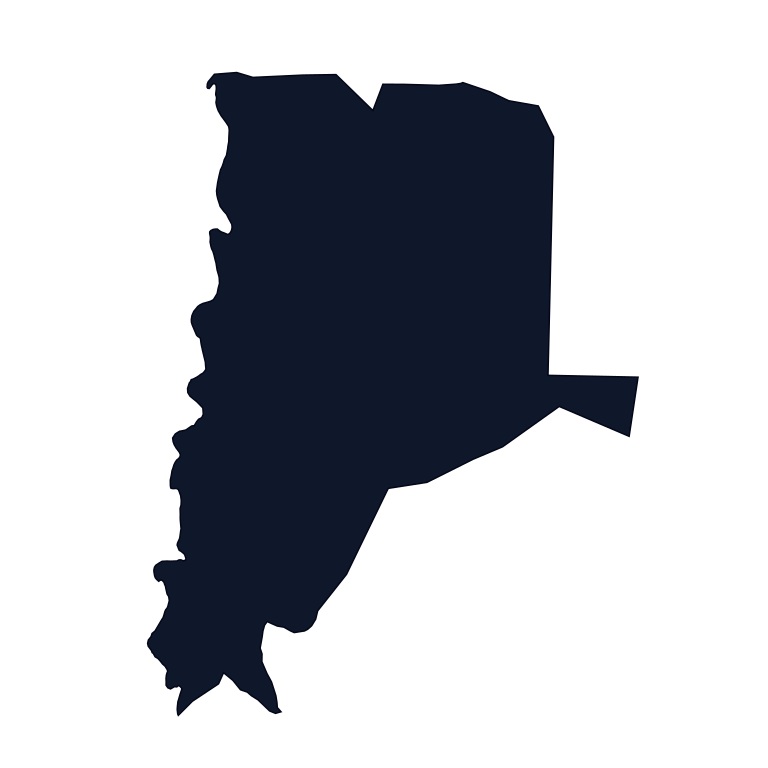 San Baltazar Yatzachi el Bajo, Oaxaca, Mexico, rotated 176°
{"feature_id": "50627088B85859763420371", "entity_name": "San Baltazar Yatzachi el Bajo", "entity_type": "district", "adm_level": 2, "iso_a3": "MEX", "parent_name": "Mexico", "parent_adm1": "Oaxaca", "projection": "equal_earth", "projection_center": [-96.191, 17.225], "detail": "fine", "context": "isolated", "style": "filled", "palette": "ink", "viewbox_px": 768, "rotation_deg": 176, "n_neighbors": 0, "source": "geoboundaries", "source_scale": "gbopen_adm2", "svg_char_len": 4147}
<svg xmlns="http://www.w3.org/2000/svg" viewBox="0 0 768 768"><g transform="rotate(176 384 384)"><path d="M531.6,704.8L536.3,699.8L538.2,697.9L539.3,695.7L539.8,692.4L539.2,691.3L537.7,691.0L535.5,693.4L534.6,694.5L533.5,695.4L532.3,695.5L531.6,695.1L530.8,694.1L530.6,692.1L530.7,690.0L531.1,687.9L531.5,685.9L531.7,684.3L531.1,682.0L531.2,680.3L531.5,678.9L532.0,676.5L531.8,674.9L531.6,673.3L531.0,670.7L530.2,668.0L529.1,665.8L527.7,662.9L523.7,656.6L522.1,653.8L521.0,651.8L520.8,650.2L520.7,647.8L521.5,641.2L522.0,636.4L523.0,632.5L523.6,629.4L525.2,623.0L527.7,618.9L528.8,615.7L530.3,612.2L532.1,609.1L533.8,603.8L535.9,596.5L537.6,588.4L537.5,584.1L536.9,580.3L535.8,575.9L535.0,572.5L531.8,567.6L529.2,564.3L528.2,561.8L527.1,559.2L524.7,554.0L524.6,551.2L525.0,549.1L525.7,547.3L526.9,545.5L528.0,544.7L528.6,544.2L529.6,544.1L531.5,545.1L533.5,546.1L535.4,546.9L536.9,547.9L538.1,548.9L539.4,550.2L541.7,550.3L543.8,550.1L546.1,549.1L547.2,548.0L547.4,546.5L547.2,545.0L547.0,542.7L547.1,540.9L547.3,539.5L547.6,537.9L547.0,533.2L546.5,530.9L545.4,528.3L544.6,524.8L543.9,520.5L543.1,516.3L542.5,509.3L541.2,503.2L541.0,501.3L541.1,495.8L542.8,490.9L544.1,485.9L546.4,482.6L548.3,480.0L551.4,478.6L555.5,477.7L559.0,477.0L562.0,475.8L564.4,474.3L566.4,472.1L568.7,469.7L570.8,465.7L571.7,461.9L571.8,459.0L571.2,456.4L568.5,448.5L567.6,445.9L566.5,444.5L564.5,443.1L563.9,441.7L563.7,437.7L563.4,434.9L562.9,432.0L562.7,430.2L560.7,418.4L560.7,415.0L560.6,411.1L562.3,409.0L563.8,407.5L566.3,406.3L568.2,405.0L570.2,403.9L572.0,403.1L574.1,402.2L576.0,401.8L576.9,399.9L578.1,398.7L578.8,397.0L580.3,393.2L580.3,389.1L578.3,385.3L571.9,379.3L566.4,372.8L566.4,366.4L568.2,363.1L571.4,361.8L573.6,359.4L576.1,355.8L578.9,355.5L585.0,351.9L588.4,351.4L591.2,351.1L593.8,349.8L595.7,348.7L597.0,347.0L598.6,344.9L598.4,341.3L597.5,338.1L595.7,334.5L593.0,330.4L592.1,328.0L592.4,326.0L594.0,324.0L596.1,322.6L597.8,320.4L599.2,317.9L600.5,314.5L601.5,312.3L602.1,309.6L602.8,306.8L603.9,303.0L604.1,299.5L604.2,297.1L604.0,295.5L603.7,294.8L601.7,294.3L600.3,294.3L598.4,294.3L596.6,293.2L595.9,291.4L595.3,289.1L594.6,286.8L594.5,284.1L594.4,281.8L594.9,277.4L596.1,274.0L596.3,268.3L596.6,265.2L596.7,262.4L596.6,256.4L596.5,253.5L596.9,252.5L597.0,252.0L597.1,251.5L598.4,245.1L599.0,243.5L600.4,241.0L601.1,239.6L601.6,237.7L601.1,236.3L600.4,233.9L599.8,232.3L598.2,231.3L596.1,229.3L594.8,227.9L593.9,224.4L593.8,223.2L594.5,221.8L595.6,222.0L596.5,221.5L598.9,222.8L600.8,222.8L603.0,221.9L609.1,222.1L612.9,222.5L617.8,222.6L620.6,221.2L624.3,219.1L625.7,217.3L626.5,214.8L626.6,212.4L626.2,208.6L625.6,206.6L624.6,205.1L622.5,202.9L620.9,203.9L619.6,204.0L618.7,203.3L617.2,201.3L616.9,199.7L616.1,197.4L615.8,194.7L615.0,189.6L613.6,187.0L613.3,182.8L615.2,177.1L616.0,175.6L617.6,173.9L618.5,172.1L619.6,169.0L620.7,166.3L622.1,164.5L629.6,153.6L632.8,151.3L634.0,148.2L636.9,145.1L637.9,141.8L637.5,138.9L634.6,134.4L634.0,132.2L632.9,131.3L631.4,127.9L628.7,126.0L626.9,123.8L624.4,120.1L622.1,117.8L620.3,114.4L619.8,112.5L620.7,110.8L621.4,108.8L622.0,105.5L622.1,102.0L622.4,98.7L620.8,96.0L618.2,94.7L614.1,96.7L611.8,96.3L610.3,97.5L609.2,97.1L608.3,96.3L606.9,94.5L607.3,92.8L608.1,91.0L609.2,88.3L610.6,84.4L611.8,81.3L612.7,76.1L613.0,73.7L612.8,69.2L612.3,67.8L597.3,80.9L570.0,96.4L564.2,107.2L555.4,98.9L548.5,89.0L541.9,86.2L538.0,82.3L531.7,77.7L520.9,65.8L515.2,63.0L509.6,64.2L513.0,68.7L513.0,73.7L513.6,80.6L517.0,94.6L521.0,103.4L524.2,112.6L525.2,115.5L524.5,123.3L526.0,129.1L523.2,140.2L522.0,146.0L520.0,151.7L517.1,155.2L513.1,153.0L507.4,150.0L500.8,148.4L494.6,144.3L490.9,142.3L480.5,143.2L477.3,144.6L473.1,147.8L468.6,154.1L466.0,162.3L434.7,196.7L416.0,229.3L389.6,275.2L387.0,279.6L348.0,282.9L300.2,302.8L299.0,303.2L270.1,313.1L210.8,349.4L143.1,314.7L130.1,373.1L162.2,376.0L219.8,381.2L197.6,618.7L197.7,618.8L210.7,650.6L239.9,657.9L257.7,668.0L284.4,679.2L286.3,678.5L291.1,678.1L293.6,678.1L308.4,678.1L341.9,681.4L364.2,683.1L366.4,678.3L376.0,657.6L410.3,696.0L430.2,697.1L443.0,697.8L493.4,699.0L509.2,705.0L531.6,704.8Z" fill="#0f172a" stroke="#020617" stroke-width="1.5"/></g></svg>